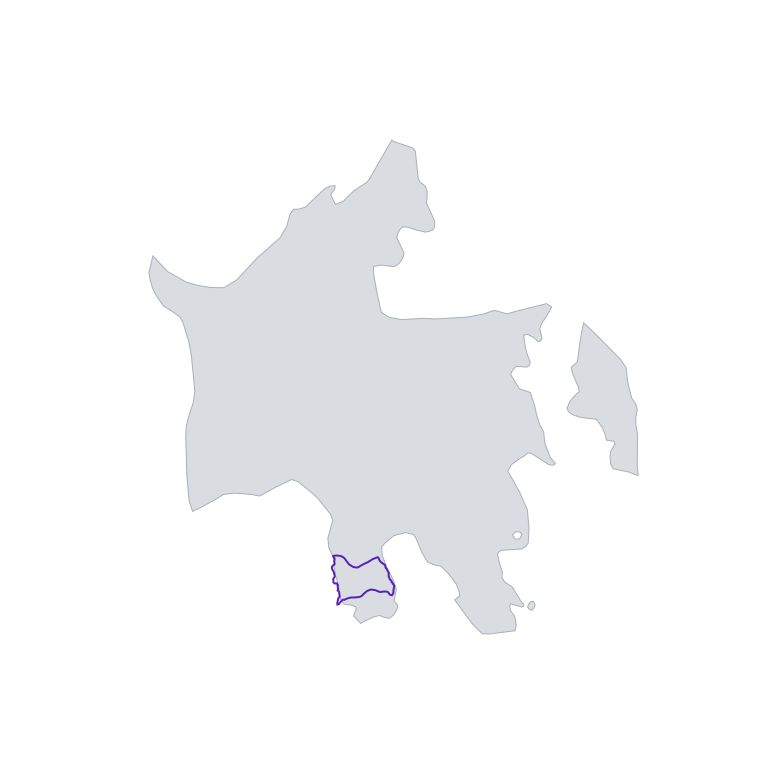 Zaqatala District, Zaqatala, Azerbaijan (highlighted), rotated 212°
{"feature_id": "54616110B4759617374649", "entity_name": "Zaqatala District", "entity_type": "district", "adm_level": 2, "iso_a3": "AZE", "parent_name": "Azerbaijan", "parent_adm1": "Zaqatala", "projection": "mercator", "projection_center": [46.691, 41.618], "detail": "fine", "context": "in_parent", "style": "outline", "palette": "violet", "viewbox_px": 768, "rotation_deg": 212, "n_neighbors": 0, "source": "geoboundaries", "source_scale": "gbopen_adm2", "svg_char_len": 5187}
<svg xmlns="http://www.w3.org/2000/svg" viewBox="0 0 768 768"><g transform="rotate(212 384 384)"><path d="M506.7,595.0L504.0,594.8L484.7,599.4L480.7,597.9L464.2,576.8L460.8,574.5L453.6,573.6L449.4,570.1L446.0,564.4L444.1,560.2L427.0,548.7L424.5,544.5L424.1,540.8L426.6,537.5L429.5,534.7L437.9,531.8L447.6,529.3L450.7,527.6L452.3,524.5L452.2,519.6L450.7,514.8L436.6,505.9L435.1,502.2L434.7,497.5L435.5,492.6L437.6,488.8L449.1,483.6L455.2,478.2L451.4,472.2L439.1,458.5L424.4,443.4L414.7,443.3L403.4,447.8L385.4,460.6L375.4,466.1L362.4,475.2L348.3,485.3L336.7,496.1L329.5,504.9L316.6,508.8L310.1,516.2L288.6,538.4L282.5,538.1L282.1,527.1L282.4,518.4L281.1,513.3L274.1,506.4L274.0,503.4L275.9,501.6L281.2,502.7L288.1,502.3L291.4,499.6L284.0,490.5L277.5,484.4L271.9,480.3L270.7,477.8L270.7,476.1L271.9,474.0L281.3,469.0L282.3,464.4L281.7,459.2L266.6,451.6L255.3,454.4L245.2,445.8L238.7,439.2L230.6,432.1L223.4,428.2L216.4,419.2L204.4,410.0L196.6,407.4L196.8,406.0L198.2,404.3L201.4,402.9L222.9,403.2L225.5,401.6L226.8,397.6L229.8,391.7L233.2,383.1L232.9,375.8L211.4,364.0L195.7,353.2L184.8,338.8L177.5,325.7L177.7,321.3L179.8,317.1L196.6,305.0L197.7,301.9L197.4,299.7L191.4,293.5L183.9,287.1L181.5,282.4L176.8,280.0L167.8,279.9L152.0,272.0L148.6,271.2L147.9,269.6L148.7,268.0L159.9,264.8L159.8,262.2L156.4,258.7L150.0,256.2L144.2,249.9L142.1,244.2L162.5,227.6L168.5,224.3L181.8,227.3L209.5,238.3L207.6,244.5L210.4,247.9L216.7,252.6L228.9,257.3L239.2,259.7L244.4,257.6L252.4,255.9L262.7,261.3L272.2,268.2L276.9,271.0L279.4,271.9L286.6,269.6L295.3,260.7L298.7,249.9L299.7,244.7L294.6,237.6L284.2,229.8L272.6,223.0L265.1,217.0L260.3,205.1L255.5,203.8L254.2,202.2L253.4,198.1L253.6,192.5L255.3,188.1L260.0,186.2L264.8,185.5L269.1,181.3L274.5,173.1L276.8,168.6L287.0,171.2L288.3,178.5L290.1,180.1L294.3,179.2L301.3,176.1L306.9,178.5L314.1,187.2L324.0,196.5L329.4,202.6L331.5,206.9L336.6,211.1L344.0,215.9L349.9,223.5L355.2,241.2L360.5,245.3L379.6,252.0L386.3,253.3L405.1,255.7L411.7,254.0L421.4,238.8L430.1,223.1L438.2,219.9L452.9,212.3L461.7,205.1L465.4,197.4L473.7,182.7L478.8,174.5L487.5,181.8L502.5,201.6L523.9,233.8L529.1,242.9L532.6,253.4L535.6,266.1L540.4,277.4L562.1,305.6L571.5,316.0L586.8,329.4L592.2,332.4L599.4,333.3L612.5,333.3L624.6,338.6L630.6,342.3L636.7,347.6L642.3,353.7L647.9,370.1L626.9,364.7L605.7,365.6L593.7,369.1L582.2,373.9L571.0,380.7L564.1,393.9L558.2,424.3L549.7,452.7L550.0,465.8L553.7,478.3L553.3,484.3L549.4,486.8L544.5,492.1L537.9,518.0L534.7,523.1L530.5,526.3L529.3,523.3L529.6,516.5L520.4,510.5L515.5,517.2L512.1,531.4L505.4,546.3L505.0,549.2L506.7,595.0ZM194.1,328.5L195.0,324.3L192.4,322.5L189.6,322.4L187.1,324.4L187.1,329.6L190.5,330.5L194.1,328.5ZM124.8,447.5L121.6,443.3L120.1,441.0L129.5,439.1L145.0,433.5L149.2,436.2L153.7,441.9L156.0,446.8L156.4,455.8L158.3,457.3L165.8,454.3L169.2,457.9L175.0,462.3L185.1,466.6L199.6,459.8L206.8,458.1L212.7,458.2L215.9,460.3L217.1,467.4L215.9,476.0L214.2,480.8L217.3,484.2L229.2,492.5L234.1,497.2L231.7,505.2L240.6,524.7L243.6,532.3L247.1,541.6L228.9,538.0L196.2,530.1L187.2,526.0L178.7,515.2L173.6,509.9L166.1,503.1L160.0,500.6L155.3,495.9L152.7,488.9L148.7,482.7L142.0,475.3L126.7,450.1L124.8,447.5ZM144.2,277.2L142.2,278.7L139.1,277.2L138.1,274.1L138.4,270.7L141.5,269.9L144.0,270.9L144.7,273.9L144.2,277.2Z" fill="#d9dde1" stroke="#a8b0b8" stroke-width="1"/><path d="M335.9,211.2L335.3,210.6L334.0,210.0L333.2,209.6L332.6,208.2L332.3,207.1L331.3,206.2L330.7,205.5L330.5,204.3L331.1,203.1L331.2,202.6L331.3,201.3L330.5,200.1L329.7,199.4L328.6,198.8L327.3,198.1L326.1,197.1L325.1,196.2L324.4,195.4L323.7,194.7L323.7,193.4L323.8,191.9L323.0,190.8L322.3,189.7L321.6,188.9L320.2,188.6L318.9,189.7L318.3,190.0L317.6,189.5L316.6,189.1L316.6,188.4L315.8,187.6L314.9,186.5L314.2,185.6L314.0,184.4L312.1,184.0L311.0,182.8L310.4,181.8L309.3,180.8L308.9,179.8L309.1,179.0L309.0,177.4L308.4,175.9L307.4,173.2L306.7,172.3L305.6,173.6L305.5,175.1L305.1,177.4L304.8,179.1L303.3,179.9L302.5,181.3L301.5,182.7L300.5,183.8L299.0,185.3L297.1,186.6L295.4,187.7L294.3,188.6L292.5,189.9L291.5,191.0L290.4,192.9L290.1,194.9L289.5,196.8L289.0,198.7L288.3,200.0L287.3,201.3L286.8,202.0L286.0,202.9L283.9,203.8L283.5,204.0L281.9,204.6L278.5,205.1L277.0,205.6L276.0,206.2L275.7,206.7L274.6,207.6L273.5,208.3L272.5,209.0L271.0,209.5L269.8,209.5L268.6,208.9L268.1,208.7L266.9,208.5L265.3,209.1L265.2,210.1L265.3,211.4L265.7,212.4L266.1,213.2L266.8,214.3L267.2,215.3L267.7,216.6L268.2,217.9L269.0,218.7L270.1,219.0L270.8,219.7L272.4,219.9L273.0,220.7L274.2,221.2L275.1,221.3L276.0,221.8L276.6,222.3L277.6,222.8L278.3,223.7L278.7,224.3L279.9,226.3L281.5,227.2L283.5,228.5L285.1,229.1L286.0,229.7L286.9,230.9L288.0,231.1L289.5,231.1L290.8,231.3L292.0,231.3L294.0,231.8L295.1,232.7L296.3,233.4L296.7,233.7L297.7,233.7L298.9,232.0L299.9,230.7L301.0,229.1L301.7,227.5L302.5,226.0L303.2,224.5L304.3,222.9L305.2,221.4L306.1,220.0L306.9,218.5L307.7,217.1L308.5,215.4L309.7,214.0L310.6,213.6L312.5,212.7L313.8,212.5L316.8,212.5L317.9,212.5L319.7,213.1L321.0,213.6L322.9,214.3L324.1,214.8L325.1,215.2L326.8,215.5L328.8,215.3L330.0,215.0L331.8,214.2L333.3,213.5L334.4,212.6L335.5,211.5L335.9,211.2Z" fill="none" stroke="#5b21b6" stroke-width="2"/></g></svg>